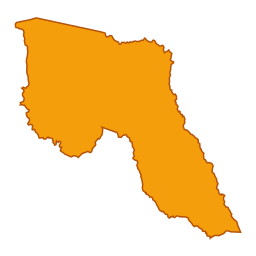 the district of Anastácio, Mato Grosso do Sul, Brazil
{"feature_id": "56859067B42478140568783", "entity_name": "Anastácio", "entity_type": "district", "adm_level": 2, "iso_a3": "BRA", "parent_name": "Brazil", "parent_adm1": "Mato Grosso do Sul", "projection": "equal_earth", "projection_center": [-55.73, -20.736], "detail": "fine", "context": "isolated", "style": "filled", "palette": "amber", "viewbox_px": 256, "rotation_deg": 0, "n_neighbors": 0, "source": "geoboundaries", "source_scale": "gbopen_adm2", "svg_char_len": 5822}
<svg xmlns="http://www.w3.org/2000/svg" viewBox="0 0 256 256"><path d="M168.8,50.0L167.8,50.9L165.6,52.0L164.7,52.8L164.0,51.7L163.3,49.4L163.9,47.9L163.8,46.8L163.4,46.1L162.5,45.3L161.6,45.6L160.8,46.1L160.1,46.2L159.3,45.8L158.2,44.9L156.6,43.9L155.9,43.2L155.4,41.9L154.5,40.6L153.4,40.1L152.6,40.6L151.8,42.0L150.7,42.2L148.0,41.2L146.9,40.5L146.2,39.7L145.6,38.7L144.6,38.1L143.2,40.3L141.3,40.3L139.8,41.2L136.8,41.6L135.9,41.2L135.2,41.1L133.1,41.5L132.2,42.3L131.0,42.1L130.1,41.8L128.9,42.9L127.1,42.0L126.5,42.9L125.7,43.2L124.4,42.4L121.6,42.5L121.1,43.7L120.4,44.3L119.5,44.1L118.8,43.2L118.3,42.0L116.3,41.3L114.2,40.0L112.9,38.2L112.4,36.9L111.9,36.1L111.1,35.6L109.9,35.6L107.7,36.9L106.7,36.9L106.0,36.3L105.6,35.3L105.1,33.1L101.0,31.9L36.1,17.9L30.5,19.6L16.6,22.5L16.0,23.1L15.4,24.0L15.5,26.7L16.0,27.5L18.1,27.8L19.1,28.7L21.6,29.1L23.5,30.3L24.0,32.5L23.7,34.4L23.7,36.2L24.4,37.3L24.7,38.3L24.6,39.7L24.3,40.9L24.9,42.9L25.0,44.3L25.5,45.2L26.6,45.6L27.5,46.5L27.4,48.2L27.8,51.9L27.3,56.0L27.2,57.2L26.8,58.0L26.5,59.4L26.4,62.1L27.0,65.0L26.8,68.9L26.9,72.7L27.1,73.8L28.1,76.5L28.2,79.8L29.0,83.6L28.6,85.3L27.9,86.1L26.9,86.7L26.1,88.0L25.3,88.0L24.4,87.8L23.2,87.2L22.6,88.0L21.8,88.2L22.8,89.1L23.6,89.5L23.9,90.6L23.9,91.9L23.0,92.6L22.5,94.0L22.5,95.2L23.1,96.5L23.9,97.5L24.2,98.9L23.5,101.4L20.3,102.7L20.7,103.6L20.3,104.9L21.3,104.7L22.2,104.8L23.6,105.2L24.6,105.2L25.1,106.2L27.1,108.9L28.0,109.5L28.9,109.6L28.9,110.7L28.7,111.7L26.4,112.6L26.3,114.3L27.2,116.9L27.9,117.7L28.7,118.0L29.3,118.8L29.4,120.1L29.3,121.6L28.3,122.6L27.7,123.5L28.5,125.0L29.6,124.8L30.2,124.3L31.3,124.5L32.5,125.4L32.5,126.5L32.1,129.5L32.9,129.9L34.0,129.3L34.9,129.7L35.1,131.3L35.8,132.2L36.8,133.0L38.0,134.6L39.2,138.1L43.1,137.7L43.7,138.9L44.7,139.1L45.7,139.0L48.1,136.9L48.6,137.8L49.4,138.1L50.2,137.9L51.9,138.3L52.7,139.0L52.5,140.1L53.3,141.1L52.9,142.1L53.7,143.4L54.5,144.1L54.6,145.1L55.9,144.7L56.3,143.2L56.2,141.9L56.5,140.9L57.3,141.8L58.4,142.4L59.0,141.5L59.7,141.3L60.5,141.7L60.7,143.1L59.3,145.3L59.5,146.4L60.1,147.4L61.6,147.2L61.3,148.4L60.3,150.4L61.0,151.3L63.1,152.5L64.6,153.9L66.8,155.0L67.7,155.3L70.4,156.7L71.3,156.9L73.9,155.7L75.6,155.9L77.6,156.9L78.2,157.5L81.6,154.0L83.8,152.8L85.3,152.5L86.9,151.7L87.7,151.5L88.7,151.8L89.9,152.6L90.9,152.3L91.7,151.3L92.4,148.9L94.2,146.4L95.3,145.6L95.7,144.3L95.2,142.9L95.6,141.6L98.2,138.5L99.2,139.0L100.2,137.8L100.8,136.4L101.7,135.2L102.1,134.4L102.5,131.7L102.7,128.9L102.0,127.2L115.6,132.1L116.9,132.2L117.9,134.4L118.3,135.7L118.4,137.0L119.2,137.3L120.0,137.2L121.1,137.4L122.7,135.6L123.6,135.2L124.5,135.2L125.2,134.5L126.1,134.8L126.7,135.3L127.0,136.5L129.3,137.9L129.9,139.6L129.8,140.8L130.5,141.2L131.1,142.1L131.9,142.1L132.5,145.6L132.4,146.7L133.4,147.5L133.6,148.6L134.5,149.7L133.3,152.8L134.3,156.1L133.3,157.3L132.9,158.6L134.3,159.4L135.1,160.2L136.1,160.3L137.1,160.9L137.6,161.9L137.7,163.2L137.2,164.2L136.9,165.7L137.5,166.8L137.6,168.2L139.7,171.5L140.0,172.9L140.5,173.7L141.1,175.3L140.8,176.7L141.4,177.9L142.1,180.8L142.7,185.0L142.3,187.9L142.7,189.6L143.1,190.8L144.2,191.4L145.0,192.3L146.2,192.6L145.8,193.7L146.6,194.4L147.5,194.4L149.3,195.9L149.8,197.3L150.5,197.0L151.2,197.0L152.2,197.5L152.6,198.5L152.9,199.8L153.9,200.4L154.7,201.3L155.4,201.6L156.9,205.1L157.7,206.3L158.8,208.9L160.1,210.6L160.8,210.8L161.4,211.4L162.1,211.7L163.2,211.3L164.1,212.6L165.8,214.4L167.1,214.3L167.6,215.1L167.8,216.3L168.3,217.3L169.3,218.1L170.2,217.4L170.7,216.6L172.0,216.9L172.8,216.0L173.6,217.1L174.7,217.5L176.6,216.0L177.8,216.0L180.1,216.9L181.3,216.5L182.2,217.1L182.9,216.7L185.2,216.9L188.1,217.8L188.5,219.6L189.1,220.5L191.9,223.5L192.6,224.8L193.5,226.0L194.8,226.6L195.6,225.9L197.6,225.9L199.0,227.6L200.6,228.7L201.7,228.9L202.3,229.9L202.4,231.0L203.2,231.4L204.0,231.2L204.9,231.3L205.6,231.7L205.6,233.2L206.8,233.3L206.8,234.7L207.1,235.9L209.8,236.3L210.2,238.1L210.8,237.1L211.8,237.5L212.2,236.5L213.5,236.2L214.7,235.5L216.3,235.4L219.0,235.7L219.9,235.0L222.3,234.3L224.2,233.0L226.0,231.0L227.2,230.8L228.5,231.0L230.7,231.8L240.6,232.2L237.6,225.0L236.9,222.2L236.5,221.4L235.5,220.7L234.7,219.8L233.6,219.2L233.0,218.2L232.1,217.3L231.1,215.7L231.8,214.2L230.7,212.9L230.2,211.2L229.0,209.7L228.1,207.6L227.3,207.1L226.4,207.2L225.8,206.7L224.4,205.0L224.0,203.9L224.4,202.5L224.6,201.5L223.6,200.0L223.6,197.3L224.7,195.5L224.0,195.0L221.8,194.0L221.2,195.0L220.1,194.4L219.1,193.5L218.2,189.8L217.3,189.1L216.6,188.7L216.9,186.6L217.3,185.2L218.0,183.8L217.5,182.5L216.7,181.6L216.7,180.2L216.4,178.7L215.0,176.4L214.2,173.9L212.0,171.8L212.6,167.7L213.1,166.3L212.8,165.1L211.5,163.3L209.6,162.7L208.5,162.6L207.4,162.8L206.6,162.2L205.4,159.8L204.7,159.5L203.8,158.8L203.6,155.5L203.4,154.5L203.9,153.3L202.2,151.8L201.8,151.0L201.2,150.3L201.3,149.3L200.5,148.8L199.8,146.4L199.9,145.0L199.7,143.5L198.8,143.0L198.1,142.4L198.3,141.2L198.2,139.7L194.6,136.9L193.9,136.0L192.2,134.6L191.3,134.4L190.4,133.8L189.6,132.6L187.0,130.0L186.0,130.1L185.1,129.7L184.0,128.8L183.6,127.4L183.3,125.5L183.7,124.4L184.4,123.6L184.8,122.2L184.5,120.8L184.9,119.5L184.5,117.9L183.6,116.1L182.5,116.6L182.2,115.7L182.2,114.5L181.4,114.7L180.5,113.9L180.0,112.8L180.2,111.9L179.4,111.2L178.7,111.7L177.9,110.6L177.4,109.6L177.5,108.1L177.9,106.8L177.8,105.8L175.9,104.0L176.1,102.8L175.7,101.8L174.9,101.0L175.3,99.9L176.6,99.4L176.4,97.8L176.5,96.2L175.2,94.1L174.4,94.7L173.5,94.3L171.7,91.9L171.7,90.1L170.6,90.1L170.0,88.8L169.8,86.2L169.0,83.5L169.4,82.7L169.6,81.6L169.4,80.1L169.4,77.5L170.0,76.3L170.5,74.6L169.8,73.7L169.9,72.2L170.7,69.7L170.6,68.5L171.0,65.2L171.7,64.1L173.3,63.1L173.6,61.9L172.9,61.5L172.0,61.4L170.2,59.8L170.8,58.5L171.1,57.2L171.5,54.5L171.8,53.6L171.2,52.9L169.9,52.0L168.8,50.0Z" fill="#f59e0b" stroke="#b45309" stroke-width="1.5"/></svg>